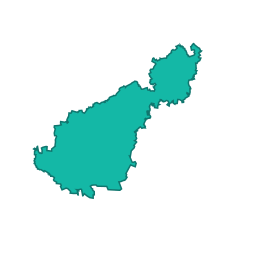 Cienaga De Oro, Córdoba, Colombia, rotated 244°
{"feature_id": "7082276B90107957997642", "entity_name": "Cienaga De Oro", "entity_type": "district", "adm_level": 2, "iso_a3": "COL", "parent_name": "Colombia", "parent_adm1": "Córdoba", "projection": "mercator", "projection_center": [-75.574, 8.811], "detail": "fine", "context": "isolated", "style": "filled", "palette": "teal", "viewbox_px": 256, "rotation_deg": 244, "n_neighbors": 0, "source": "geoboundaries", "source_scale": "gbopen_adm2", "svg_char_len": 5954}
<svg xmlns="http://www.w3.org/2000/svg" viewBox="0 0 256 256"><g transform="rotate(244 128 128)"><path d="M86.9,106.4L87.9,106.1L93.7,114.1L90.0,117.5L92.6,119.8L94.6,119.6L94.9,117.5L95.6,116.7L102.1,117.1L101.5,117.7L106.0,120.9L107.4,124.7L108.6,125.9L109.8,125.7L111.6,129.6L112.6,129.3L113.7,128.4L113.8,129.4L114.8,131.2L117.8,131.4L118.0,131.6L118.0,132.3L120.5,133.2L120.9,132.2L121.7,132.2L122.0,133.6L121.4,134.3L121.4,135.3L122.5,135.0L123.1,137.8L123.5,138.1L123.6,139.7L121.7,140.3L121.4,141.9L120.5,143.6L121.7,143.6L121.7,144.1L123.4,144.1L123.6,143.7L124.4,143.7L126.8,146.5L127.4,147.6L127.9,147.6L128.6,147.1L128.9,148.1L127.8,149.0L128.1,149.5L127.6,151.0L127.8,151.6L127.2,152.0L127.8,153.0L128.6,153.4L131.0,153.0L131.1,152.3L130.7,152.2L131.2,151.3L132.3,151.6L132.1,153.8L133.5,153.7L133.2,152.2L134.0,152.0L134.8,152.5L134.7,153.3L133.7,154.7L134.0,155.3L135.5,156.2L137.7,156.5L137.8,157.0L138.8,157.4L139.3,159.2L140.0,159.7L139.9,160.2L137.8,159.5L137.3,159.8L137.7,160.8L138.1,160.8L138.8,161.5L138.4,162.0L136.6,160.7L136.0,161.6L134.7,160.8L132.9,163.4L135.4,164.8L135.3,166.6L136.0,166.0L137.2,166.4L138.0,167.7L138.0,168.4L139.4,169.4L138.8,170.3L138.0,170.1L137.7,170.3L138.1,170.5L136.9,171.3L136.4,171.0L136.0,171.4L135.7,172.8L135.9,174.5L135.5,175.1L134.4,175.9L132.7,175.6L131.8,173.3L129.7,174.6L131.9,176.2L131.7,178.5L132.6,179.1L132.8,180.6L130.4,179.6L128.8,180.6L129.2,181.0L128.5,183.0L131.8,185.2L130.9,186.8L128.9,188.2L127.2,187.8L126.7,189.2L127.4,189.6L128.4,189.2L129.0,189.9L128.9,191.5L129.7,192.5L129.9,195.6L130.3,196.3L130.0,196.6L130.2,196.9L130.9,197.3L131.5,196.4L132.3,196.4L133.1,196.0L133.8,196.5L131.5,198.3L133.0,199.5L136.1,200.9L135.7,201.5L135.9,201.7L137.9,201.8L139.2,201.4L141.1,201.7L142.2,202.1L144.0,203.4L144.3,203.7L143.3,206.5L144.1,206.5L144.2,207.1L143.3,207.1L142.9,209.2L144.4,209.2L144.9,208.5L146.1,209.5L145.6,210.2L147.0,210.8L146.9,213.3L147.8,213.4L148.9,214.1L149.3,215.0L150.3,214.0L151.9,215.7L152.6,215.6L154.0,216.4L156.6,217.2L155.8,218.3L157.0,220.0L157.1,222.0L158.9,224.1L160.2,222.3L161.2,222.5L161.7,224.9L164.5,224.4L165.1,226.1L164.6,226.2L164.5,226.5L165.0,227.8L165.6,227.1L168.3,227.2L169.6,226.2L173.9,224.2L175.0,224.1L175.2,223.8L174.5,222.1L173.4,220.6L173.6,220.1L170.1,219.2L169.7,220.9L169.0,221.8L167.8,221.5L166.9,220.4L165.4,220.7L164.5,219.2L165.0,215.5L164.9,214.7L165.8,214.1L165.9,213.7L166.6,214.2L166.9,214.1L167.2,213.6L167.8,213.7L168.4,213.2L169.4,213.7L172.4,213.9L172.9,213.4L174.4,213.8L174.5,213.4L175.0,213.5L175.7,212.6L176.8,213.1L177.2,212.6L177.8,212.5L177.7,211.8L178.3,211.8L178.5,211.3L179.4,211.2L178.5,210.8L180.4,209.7L180.1,208.1L180.3,206.9L178.2,207.2L177.4,204.5L178.2,202.7L178.7,202.7L178.5,201.2L177.2,200.0L176.7,200.1L176.2,197.0L175.9,196.8L175.4,195.3L175.7,194.7L173.9,193.2L174.9,191.1L175.5,188.6L176.6,187.4L176.0,187.2L175.2,186.3L175.6,185.9L175.4,183.8L177.1,183.6L176.8,182.2L179.6,181.8L179.6,180.8L177.4,178.8L174.1,181.1L173.3,181.1L171.6,178.1L170.2,176.7L170.2,175.4L170.8,174.3L170.2,173.1L167.7,172.8L167.7,170.8L167.1,170.5L165.4,170.6L165.2,170.3L162.6,170.9L162.0,170.5L161.6,170.9L161.4,169.9L161.6,169.2L161.1,168.8L160.1,168.8L159.7,167.6L157.5,167.7L156.9,168.5L157.0,169.0L156.0,169.4L156.4,170.9L156.3,171.8L154.8,172.1L154.1,169.9L153.5,169.8L153.7,168.8L150.8,169.1L149.6,167.6L150.4,166.8L151.4,164.4L153.1,164.4L152.7,163.6L153.4,162.5L155.8,163.0L156.2,161.1L156.3,158.8L157.0,157.1L160.4,157.1L161.0,156.0L162.0,156.7L162.7,156.0L164.9,156.5L165.9,156.2L167.1,154.6L166.8,153.1L166.9,151.7L166.4,150.1L166.3,145.2L165.7,143.7L166.3,144.0L167.5,142.6L167.1,142.4L167.5,139.2L167.2,137.7L166.6,137.0L165.4,137.0L163.8,132.7L162.8,131.5L162.8,130.5L163.6,129.2L163.2,128.3L163.5,127.3L163.6,124.9L163.3,124.3L162.2,123.5L162.4,122.9L161.9,122.5L162.2,121.9L161.5,121.2L162.3,120.1L162.3,119.4L162.1,119.3L162.2,118.6L161.9,118.6L162.2,118.4L162.1,117.8L161.7,117.7L162.2,117.2L162.6,115.3L162.0,113.3L163.1,112.3L163.5,111.7L164.5,111.3L164.9,109.1L164.4,108.5L164.6,107.0L162.9,106.6L163.1,106.2L162.7,105.9L162.9,105.7L162.4,105.1L162.4,104.0L162.8,103.6L163.2,103.6L163.4,103.0L163.3,102.1L163.7,101.9L163.1,101.5L163.1,100.5L162.8,100.2L163.3,99.3L163.1,99.0L162.2,98.8L160.4,95.4L162.0,93.9L164.1,94.2L165.0,91.9L164.7,91.9L164.0,89.9L164.5,89.9L164.8,88.7L168.0,85.2L166.9,83.8L166.6,83.9L166.3,83.0L167.4,81.6L164.6,79.8L164.0,78.9L163.8,79.0L163.2,77.9L162.0,76.6L159.4,76.8L159.1,75.5L160.9,75.4L160.9,73.7L163.3,70.3L162.0,69.5L160.1,69.4L160.6,66.9L162.2,62.8L160.8,61.9L159.2,62.3L155.8,59.5L153.3,58.7L152.6,60.0L151.7,60.1L149.2,57.5L147.2,56.7L144.2,54.7L143.6,54.7L142.6,50.2L140.7,49.2L143.3,45.2L146.7,47.1L147.3,46.3L148.0,42.9L147.9,41.4L145.8,41.1L143.1,39.7L143.2,38.7L144.0,38.4L144.2,37.5L146.2,37.2L151.1,38.6L151.1,38.2L149.9,37.2L147.9,37.2L148.1,36.4L149.9,36.2L150.3,35.0L150.7,35.0L150.5,34.0L148.7,35.1L148.1,34.5L148.0,33.8L145.1,32.3L144.3,33.3L144.1,32.8L142.7,32.5L140.9,31.1L141.3,30.5L140.1,30.0L139.8,29.3L138.7,29.2L138.4,29.5L137.2,28.2L136.6,28.9L135.6,28.5L133.9,28.6L133.7,29.0L132.9,28.8L132.8,28.5L131.2,29.2L130.7,28.8L130.1,29.8L129.3,30.2L128.7,31.6L125.6,33.3L126.2,33.8L126.2,34.3L122.9,36.5L122.6,36.3L121.5,37.4L120.6,37.0L120.6,36.6L119.4,37.8L118.5,37.4L117.6,39.1L115.6,40.1L114.0,38.3L113.0,38.4L110.6,40.1L109.5,39.3L107.2,42.9L105.6,42.8L105.1,41.7L101.3,41.6L101.1,46.0L99.9,47.3L96.1,48.6L94.8,47.5L93.0,50.4L91.4,53.9L90.0,53.6L89.8,53.9L91.3,54.2L91.1,54.5L91.7,54.7L92.4,54.9L92.5,54.5L93.5,54.8L93.2,56.0L95.0,55.0L94.3,56.3L93.7,58.9L93.1,59.3L87.0,57.6L86.9,58.1L88.2,59.9L85.1,61.3L82.2,63.1L80.2,65.9L83.1,67.4L82.7,68.4L85.7,69.8L87.6,69.0L88.8,69.5L89.5,68.9L92.2,68.6L92.4,70.4L92.0,71.7L90.8,74.3L89.2,74.8L84.8,83.3L81.3,83.1L75.6,93.4L76.1,95.5L83.6,96.2L83.0,97.8L82.8,101.6L82.6,101.6L82.5,102.1L82.7,103.1L84.2,105.6L85.1,104.9L86.9,106.4Z" fill="#14b8a6" stroke="#0f766e" stroke-width="1.5"/></g></svg>